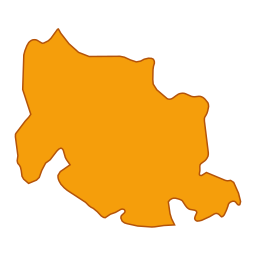 outline of Carabobo
{"feature_id": "VEN-33", "entity_name": "Carabobo", "entity_type": "State", "adm_level": 1, "iso_a3": "VEN", "parent_name": "Venezuela", "parent_adm1": "", "projection": "mercator", "projection_center": [-67.927, 10.207], "detail": "fine", "context": "isolated", "style": "filled", "palette": "amber", "viewbox_px": 256, "rotation_deg": 0, "n_neighbors": 0, "source": "natural_earth", "source_scale": "10m", "svg_char_len": 2558}
<svg xmlns="http://www.w3.org/2000/svg" viewBox="0 0 256 256"><path d="M58.4,29.0L60.8,33.3L69.0,43.8L78.6,52.4L89.1,56.5L120.0,56.3L124.4,57.2L130.3,59.9L136.3,61.9L140.6,61.1L144.2,59.2L148.5,58.2L151.6,58.4L153.4,59.3L154.3,61.2L154.4,63.2L153.5,66.2L153.0,69.6L152.8,79.7L153.2,84.1L156.8,89.8L167.1,98.6L168.3,99.1L169.6,99.2L170.9,99.0L172.1,98.5L173.2,97.8L176.2,95.6L178.3,94.2L179.5,93.7L180.9,93.4L182.4,93.2L184.0,93.3L185.4,93.7L191.5,96.4L193.0,96.7L194.5,96.8L198.9,96.3L200.3,96.4L201.6,96.8L202.8,97.4L203.9,98.2L205.0,99.2L207.9,102.8L208.4,104.4L208.6,106.6L207.7,110.9L207.0,113.1L206.2,114.8L204.7,117.3L204.4,118.5L204.4,121.0L208.3,152.7L208.3,154.4L208.0,156.2L206.9,158.3L205.9,159.7L204.9,160.7L200.9,163.7L200.1,164.7L199.8,166.3L199.9,170.2L199.7,171.9L199.4,173.3L199.4,174.7L200.1,175.4L201.6,175.5L206.4,172.5L225.1,180.3L226.2,180.6L227.4,180.8L228.6,180.7L230.6,180.4L233.7,182.4L238.5,193.2L240.6,201.6L239.8,204.6L238.9,205.0L237.9,204.7L237.1,203.9L235.5,201.9L234.3,201.3L232.7,201.2L230.4,202.1L229.1,203.2L228.3,204.5L228.0,205.9L226.3,210.5L224.2,214.9L222.7,216.5L221.4,216.8L218.8,214.3L217.7,213.7L216.4,213.4L215.1,213.6L214.0,214.1L209.6,216.7L201.7,220.3L199.2,220.9L197.1,221.1L195.9,220.5L195.1,219.7L194.7,218.5L194.9,217.2L195.3,216.0L196.4,213.6L196.8,212.5L196.5,211.5L195.8,210.7L194.6,210.2L190.0,209.4L188.8,208.9L187.7,208.1L186.8,207.3L185.3,205.4L182.6,201.2L181.9,200.4L180.5,199.7L178.6,199.0L175.5,198.2L173.5,198.2L172.0,198.6L169.9,199.9L168.3,201.9L170.0,213.6L171.5,218.6L174.6,224.9L163.8,225.5L154.9,226.8L151.8,227.0L137.6,226.0L127.2,223.7L124.6,222.9L123.3,222.0L122.1,221.0L120.9,218.1L121.0,216.7L121.4,215.6L124.4,212.8L125.0,211.8L124.9,210.6L124.3,209.6L122.8,209.1L121.8,209.1L120.8,209.4L115.5,212.4L110.4,214.2L105.2,217.7L103.5,217.4L101.2,215.9L97.3,211.7L93.3,208.4L91.0,207.2L88.7,205.5L86.4,203.1L85.4,202.2L67.2,190.3L64.1,187.7L60.9,184.2L59.1,181.0L58.3,178.9L58.0,177.1L58.0,175.4L60.3,171.6L70.1,164.8L66.5,159.7L65.3,157.4L63.4,150.7L62.9,149.5L62.0,148.6L60.9,148.1L58.8,149.1L56.8,151.1L50.2,159.7L45.6,163.1L41.8,170.3L39.2,177.5L36.5,180.1L28.6,183.4L23.6,179.1L22.0,176.2L21.2,170.4L20.4,167.0L19.3,165.1L17.9,163.5L17.4,162.0L17.2,160.5L17.9,155.8L15.4,136.8L15.5,134.2L16.2,133.0L25.3,121.0L28.7,117.3L30.8,114.3L22.7,89.5L23.8,55.0L24.9,50.8L26.9,45.7L28.7,42.6L29.6,41.7L30.6,40.9L31.6,40.3L32.9,39.8L34.4,39.7L35.9,39.8L37.2,40.3L41.5,42.9L42.7,43.3L43.9,43.0L48.3,40.8L50.9,38.4L57.5,29.3L58.4,29.0Z" fill="#f59e0b" stroke="#b45309" stroke-width="1.5"/></svg>